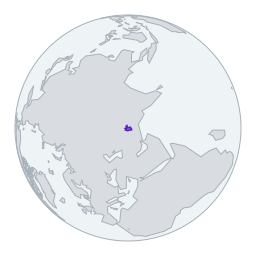 the Earth from above Kandahar, rotated 251°
{"feature_id": "AFG-1754", "entity_name": "Kandahar", "entity_type": "Province", "adm_level": 1, "iso_a3": "AFG", "parent_name": "Afghanistan", "parent_adm1": "", "projection": "orthographic", "projection_center": [66.2, 31.058], "detail": "fine", "context": "on_globe", "style": "filled", "palette": "violet", "viewbox_px": 256, "rotation_deg": 251, "n_neighbors": 0, "source": "natural_earth", "source_scale": "10m", "svg_char_len": 11329}
<svg xmlns="http://www.w3.org/2000/svg" viewBox="0 0 256 256"><g transform="rotate(251 128 128)"><circle cx="128" cy="128" r="113" fill="#eef3f6" stroke="#a8b0b8"/><path d="M148.3,17.2L148.6,17.3L158.1,20.1L163.5,21.6L160.4,21.0L172.3,24.9L178.9,28.2L169.9,24.1L167.8,23.5L171.6,25.4L170.3,25.3L171.4,26.2L169.5,26.0L164.4,23.9L163.1,23.8L165.8,25.2L165.7,26.1L161.8,24.0L161.2,25.4L152.5,22.9L143.7,18.7L137.3,18.2L124.3,16.7L124.0,17.1L118.8,17.2L116.6,17.8L114.8,17.6L114.5,18.3L116.6,18.4L117.1,18.8L116.0,19.3L113.5,19.0L113.7,18.7L112.4,18.9L111.7,18.6L111.4,19.0L108.6,18.9L109.6,19.8L105.9,20.3L104.5,20.0L106.9,19.1L109.7,17.1L109.0,17.0L105.6,17.6L94.3,20.5L94.0,20.6L102.8,18.2L111.8,16.5L120.9,15.6L130.1,15.4L139.2,15.9L148.3,17.2ZM90.4,21.8L91.6,21.4L90.4,22.0L94.3,20.9L94.4,21.1L97.5,20.6L94.5,21.8L90.0,23.4L87.3,24.0L85.2,24.8L85.8,25.4L78.8,27.9L70.8,32.3L69.3,33.0L69.9,31.9L75.0,28.7L82.7,24.9L90.4,21.8ZM73.5,29.4L72.7,29.9L70.3,31.2L73.5,29.4ZM66.4,33.7L66.0,34.0L66.4,33.7L64.6,34.9L65.2,34.5L66.4,33.7ZM167.6,23.0L165.5,22.1L168.0,23.1L167.6,23.0ZM171.9,26.4L172.9,26.8L173.1,27.1L171.9,26.4ZM98.9,20.0L98.2,20.3L98.0,20.2L98.9,20.0ZM100.9,19.6L101.1,19.3L102.1,19.1L101.9,19.3L100.9,19.6ZM170.3,27.2L170.2,27.8L169.4,26.8L170.3,27.2ZM100.3,20.1L103.8,18.8L105.5,18.5L106.3,18.9L100.3,20.1ZM169.5,27.9L169.3,29.8L171.6,30.6L165.0,29.5L167.4,28.1L166.1,26.7L168.0,27.7L169.5,27.9ZM117.7,18.2L115.5,18.2L118.4,17.8L117.7,18.2ZM119.5,18.0L127.6,16.9L130.4,17.5L127.1,17.6L131.5,18.2L128.8,18.9L125.8,18.8L124.5,18.2L124.4,18.9L119.5,18.0ZM161.4,28.8L160.6,29.0L160.4,28.4L161.4,28.8ZM117.6,18.9L119.0,18.6L121.5,19.0L119.1,19.8L119.1,19.4L117.6,18.9ZM134.0,18.1L135.4,18.6L133.6,19.3L133.9,19.7L129.0,19.0L134.0,18.1ZM117.9,19.5L117.8,20.2L115.6,20.5L116.4,19.3L117.9,19.5ZM123.1,18.8L124.2,19.1L122.8,19.2L123.1,18.8ZM107.7,22.2L109.4,21.6L110.8,21.7L107.7,22.2ZM117.9,20.4L118.7,20.3L119.4,20.4L118.9,20.9L117.9,20.4ZM128.0,19.6L127.0,19.9L130.0,19.9L128.7,20.6L125.7,20.1L126.5,20.6L126.1,20.8L124.0,20.2L128.0,19.6ZM120.7,21.6L116.3,21.4L113.0,22.4L111.6,22.3L117.3,20.7L120.7,21.6ZM122.8,20.8L121.2,21.2L120.3,20.7L120.9,20.1L122.8,20.8ZM129.0,21.3L131.7,20.4L132.3,20.6L129.0,21.3ZM119.9,21.9L120.9,22.0L119.7,22.1L119.9,21.9ZM126.4,21.6L127.3,21.2L127.9,21.4L126.4,21.6ZM122.3,22.5L120.9,22.4L121.3,21.9L122.3,22.5ZM124.3,22.1L125.0,22.5L122.2,21.8L124.6,21.9L124.3,22.1ZM126.8,21.8L127.5,21.8L126.4,22.0L126.8,21.8ZM121.8,24.4L118.2,23.7L119.0,22.6L122.3,23.4L121.8,24.4ZM18.6,128.6L19.7,109.5L21.9,105.4L24.2,98.4L41.0,86.1L42.4,89.9L53.2,94.8L54.1,96.7L50.5,101.4L56.7,113.5L61.5,110.4L69.4,118.2L76.2,120.4L82.8,110.8L71.7,106.8L72.1,101.0L82.8,99.7L92.8,103.6L93.3,101.4L88.9,95.1L93.2,92.2L87.6,92.6L88.4,95.2L84.9,95.6L84.0,93.4L85.6,92.3L83.1,90.4L76.3,96.2L76.4,99.4L68.7,97.8L68.1,103.2L65.4,104.5L65.3,96.0L66.9,93.6L65.2,83.3L62.9,85.6L64.3,95.6L63.0,94.2L59.9,98.0L61.2,94.0L60.2,83.0L54.6,81.3L44.0,87.6L41.5,86.2L40.9,82.1L48.2,72.7L53.1,76.9L55.8,74.1L57.8,68.1L59.1,70.1L60.5,68.3L62.6,69.8L68.6,67.5L71.2,68.7L76.3,63.9L78.4,63.9L74.7,66.7L73.6,69.4L80.4,72.8L82.6,72.3L85.4,69.0L86.9,70.5L88.8,66.9L94.1,67.6L89.1,64.0L92.3,60.5L97.0,59.0L97.2,57.3L89.5,59.9L87.2,61.6L86.6,64.0L79.7,68.6L76.7,68.4L80.6,61.5L76.9,60.5L81.6,56.0L99.6,51.1L105.6,51.4L109.7,59.0L106.6,60.8L103.7,58.7L103.8,63.7L105.0,61.8L106.3,63.2L109.6,60.7L110.7,61.6L112.1,57.8L113.8,58.6L112.9,61.0L119.2,58.5L123.5,59.7L124.4,58.7L124.2,57.3L129.7,60.1L130.1,59.3L128.5,58.0L128.3,55.6L130.1,52.6L132.0,53.7L131.5,55.0L133.4,59.5L132.0,62.9L132.9,63.1L134.6,60.4L132.3,54.9L132.9,52.8L134.4,55.2L133.9,54.1L134.8,53.4L137.3,53.9L135.8,51.3L142.8,43.5L148.4,44.0L149.0,46.7L155.8,43.5L161.6,44.9L160.1,43.7L162.3,41.7L160.5,41.2L160.0,40.4L164.9,35.9L167.4,36.0L167.8,33.2L167.0,32.7L165.2,32.4L165.0,29.5L171.6,30.6L173.0,31.8L176.2,32.0L179.0,34.8L182.8,37.4L184.1,40.8L187.0,42.9L187.9,42.7L192.5,45.6L198.9,52.6L189.7,47.4L179.4,38.5L183.3,42.0L181.2,41.5L181.9,43.0L184.7,45.7L185.8,45.8L184.2,52.5L188.7,61.3L191.3,59.3L194.7,60.8L202.0,70.6L204.0,87.7L208.6,91.2L210.1,94.2L208.7,97.3L206.5,92.8L203.6,92.3L202.5,89.6L199.7,93.4L198.1,89.7L196.6,94.8L199.1,97.3L202.3,95.0L201.7,101.5L207.2,105.2L209.8,111.4L207.2,125.3L201.6,131.3L201.7,133.5L198.5,132.2L195.7,137.5L202.9,146.8L203.2,150.1L198.0,158.3L197.6,155.9L189.1,152.5L188.6,160.6L195.1,165.0L197.4,171.6L192.8,170.8L190.4,165.1L187.4,163.7L187.4,156.9L183.4,147.6L178.8,150.7L178.4,146.5L172.3,139.1L165.2,143.2L154.4,155.8L154.2,166.2L149.9,171.1L141.8,156.8L139.7,146.6L135.8,147.8L128.3,139.1L112.5,137.8L111.1,134.9L107.9,135.9L102.8,132.6L101.0,127.8L97.5,127.6L102.4,140.1L106.3,140.4L110.8,136.4L111.3,140.7L116.4,144.8L107.6,153.9L85.6,159.2L84.9,151.2L76.0,126.3L77.1,124.0L77.1,123.7L77.1,123.2L74.7,126.7L73.7,121.9L76.8,138.8L76.7,145.5L85.2,159.6L84.1,160.6L87.2,163.7L99.3,162.8L99.1,165.3L92.4,175.9L77.0,187.5L80.0,197.5L80.4,204.9L72.8,207.3L75.5,213.0L71.8,213.5L72.9,216.3L71.1,218.1L67.4,218.6L58.9,214.4L56.8,211.8L50.1,204.5L40.1,188.0L40.5,182.7L39.1,177.0L33.1,161.2L34.3,154.9L33.1,150.9L30.4,149.5L29.3,144.7L27.8,143.2L19.9,136.5L18.6,128.6ZM32.8,94.7L31.7,96.6L32.8,94.7ZM101.9,113.2L108.9,114.9L108.4,107.6L111.1,107.8L109.9,105.4L108.4,107.1L106.0,100.6L109.9,99.3L110.5,96.3L108.1,95.6L101.2,99.2L104.6,108.3L101.8,110.7L101.9,113.2ZM68.1,32.6L67.0,33.3L67.1,33.2L68.1,32.6ZM63.4,36.5L60.6,38.3L62.7,36.8L62.4,36.8L66.6,33.7L68.8,33.2L67.0,33.9L63.4,36.5ZM72.8,29.9L69.9,31.6L73.0,29.8L72.8,29.9ZM66.2,58.1L65.9,59.9L63.7,61.4L60.4,60.7L63.6,58.4L66.2,58.1ZM66.1,62.1L70.9,55.9L73.2,56.3L71.1,57.1L72.1,58.0L69.0,59.5L66.4,66.3L64.3,68.2L59.4,65.4L62.2,65.2L62.2,63.3L66.1,62.1ZM79.4,41.9L81.5,39.9L83.6,43.3L81.4,44.8L77.9,44.0L78.6,41.8L79.4,41.9ZM101.1,21.5L101.7,21.0L102.4,21.0L102.4,21.4L101.1,21.5ZM108.4,21.9L98.8,23.7L99.1,23.2L93.1,25.2L91.6,24.7L95.5,23.4L89.9,24.7L92.8,23.3L88.8,24.4L97.7,21.5L100.1,20.5L98.0,21.7L99.4,22.1L100.7,22.0L106.2,21.0L112.0,19.5L114.2,19.9L114.3,20.6L113.3,21.0L112.1,20.6L111.5,21.5L109.1,21.2L108.4,21.9ZM113.8,32.7L112.9,31.3L111.3,34.4L108.8,33.6L108.8,34.0L106.1,34.2L102.7,35.2L102.0,34.6L101.0,35.3L99.2,35.5L97.6,36.3L95.6,35.6L93.5,36.6L93.8,35.8L90.7,37.6L92.1,36.0L89.9,36.3L89.7,37.8L83.0,33.6L79.1,33.6L75.1,34.6L78.1,32.0L83.8,29.5L90.2,27.7L93.6,28.3L94.3,27.2L96.1,27.2L94.8,28.0L97.9,26.7L99.1,27.0L104.9,26.3L108.7,24.5L110.9,24.3L110.0,25.2L112.8,24.4L112.6,26.0L114.1,26.0L115.4,27.6L112.7,29.5L114.7,29.4L115.8,30.8L113.8,32.7ZM122.0,24.9L119.3,27.0L116.6,27.7L115.5,24.6L114.1,24.4L113.2,22.7L117.2,21.8L117.0,22.3L117.8,22.7L116.3,22.8L118.1,22.9L118.0,23.7L119.4,24.1L118.1,24.7L122.0,24.9ZM56.7,95.5L57.7,96.4L59.5,97.2L57.6,99.7L56.7,95.5ZM55.8,88.0L56.9,88.2L55.2,91.9L54.1,91.1L55.8,88.0ZM59.1,85.4L57.1,88.0L57.6,86.1L59.1,85.4ZM75.9,66.8L77.3,67.0L76.9,67.9L75.4,68.8L75.9,66.8ZM108.6,42.7L108.5,41.6L109.3,41.4L111.3,39.0L113.3,39.5L112.8,41.2L108.6,42.7ZM80.0,111.9L77.2,113.3L76.5,112.0L77.6,111.7L80.0,111.9ZM66.2,106.5L68.7,109.1L65.7,107.1L66.2,106.5ZM111.1,42.9L111.7,41.8L112.3,42.8L111.1,42.9ZM114.8,39.8L115.8,40.8L113.7,39.3L114.8,39.8ZM131.6,238.8L133.2,239.1L131.2,239.2L131.6,238.8ZM98.5,207.3L94.6,218.5L89.5,217.5L87.3,213.8L87.9,206.8L93.4,205.6L95.8,202.5L98.5,207.3ZM216.4,178.7L218.4,177.9L218.3,178.3L216.4,178.7ZM214.4,178.5L216.8,177.2L213.9,179.6L214.4,178.5ZM217.7,176.8L220.2,174.5L221.2,173.2L220.9,174.2L217.7,176.8ZM212.7,179.4L202.8,183.8L198.6,184.2L199.8,182.3L206.5,180.0L212.7,179.4ZM199.5,182.4L192.9,180.1L182.5,169.3L186.2,168.6L196.8,173.8L196.2,175.5L200.2,177.7L199.5,182.4ZM214.7,167.6L214.0,172.1L208.7,174.2L206.2,174.7L204.5,170.0L205.4,166.8L207.6,166.0L214.8,152.7L217.5,153.7L215.5,159.0L217.7,161.6L214.7,167.6ZM154.8,167.1L157.8,172.8L155.4,174.0L154.8,167.1ZM217.0,144.3L214.6,150.2L216.6,143.0L217.0,144.3ZM217.7,138.0L218.3,140.1L216.8,138.6L217.7,138.0ZM202.3,136.6L200.1,138.0L199.7,136.5L202.3,133.7L202.3,136.6ZM211.7,116.7L213.0,121.4L213.1,123.2L211.4,120.8L211.7,116.7ZM128.9,48.1L123.9,50.7L121.6,53.3L122.4,55.9L119.1,53.6L122.7,49.5L128.9,48.1ZM140.9,43.8L140.2,41.9L141.9,42.2L142.3,42.7L140.9,43.8ZM139.5,43.0L136.0,41.7L136.5,40.3L139.2,41.6L139.5,43.0ZM123.4,41.9L121.8,42.5L121.3,41.7L123.4,41.9ZM215.9,198.5L215.1,199.3L200.5,212.8L198.1,213.9L200.6,211.3L202.1,206.0L203.1,205.6L204.8,201.1L214.5,192.2L222.1,180.3L225.3,178.0L229.1,169.7L231.8,167.0L229.8,172.8L231.2,172.6L235.6,159.4L233.8,166.7L230.3,175.2L226.1,183.3L221.3,191.1L215.9,198.5ZM221.2,176.1L224.2,171.1L225.6,169.8L221.2,176.1ZM238.1,151.8L237.7,153.2L237.4,152.3L236.0,157.1L233.6,160.4L234.5,157.7L234.5,155.2L231.3,157.8L230.6,156.5L232.0,154.0L229.5,154.8L232.3,151.3L233.2,154.2L234.6,149.5L236.6,147.6L238.1,146.2L238.8,146.8L238.4,148.5L238.3,150.8L238.1,151.8ZM231.8,160.1L232.2,159.6L231.7,161.2L231.8,160.1ZM239.0,145.6L240.0,139.7L240.1,139.2L239.4,144.6L239.0,145.6ZM240.0,138.2L240.2,137.5L240.1,138.7L240.1,139.4L240.0,138.2ZM226.2,161.6L226.0,162.8L225.2,162.5L226.2,161.6ZM227.3,160.1L229.6,159.3L227.0,161.2L227.3,160.1ZM219.1,161.8L219.9,163.9L222.6,160.6L220.6,164.3L222.1,167.4L221.4,169.5L219.9,165.9L219.0,171.1L217.8,171.7L217.3,168.0L218.7,162.2L219.9,159.4L224.6,155.5L219.1,161.8ZM227.4,156.9L226.7,154.3L227.1,151.8L227.9,152.9L227.4,156.9ZM224.3,148.2L222.0,145.9L220.3,148.4L223.4,141.0L225.1,144.5L224.3,148.2ZM221.8,141.3L220.2,143.6L221.6,139.5L221.8,141.3ZM219.6,142.6L219.0,140.2L220.5,139.7L219.6,142.6ZM222.6,140.8L222.3,136.2L223.3,138.4L222.6,140.8ZM217.4,134.8L221.1,137.2L217.0,137.7L215.0,129.4L216.6,128.2L217.4,134.8ZM215.1,95.1L213.7,93.0L214.7,91.5L215.4,93.4L215.1,95.1ZM216.6,85.5L214.5,90.4L212.6,94.8L214.0,95.2L215.1,99.7L212.0,96.9L212.1,91.0L213.9,88.5L212.5,84.9L212.7,81.5L210.1,77.7L209.7,75.4L212.6,78.2L216.6,85.5ZM208.9,76.1L204.5,69.1L207.1,68.3L208.6,69.7L209.6,73.2L208.1,73.3L208.9,76.1ZM204.1,67.3L202.7,67.5L193.2,59.3L191.8,57.5L200.4,62.8L199.6,63.4L201.4,65.6L204.1,67.3ZM161.7,29.5L160.7,29.1L161.8,29.2L161.7,29.5ZM158.9,40.2L158.4,39.3L159.8,39.3L158.9,40.2ZM157.5,36.7L156.4,37.3L156.9,36.2L157.5,36.7ZM153.9,38.9L155.6,37.3L155.1,39.6L153.9,38.9Z" fill="#d9dde1" stroke="#a8b0b8" stroke-width="1"/><path d="M130.6,127.0L130.3,127.1L130.3,127.3L130.6,127.3L130.6,127.5L130.5,127.4L130.5,127.5L130.4,127.6L130.2,127.6L129.9,127.7L129.7,127.7L129.4,127.7L129.2,127.5L128.9,127.7L128.8,127.9L128.7,128.0L128.3,128.2L128.3,128.3L128.1,128.9L128.1,129.0L128.2,129.5L128.1,129.9L128.0,130.0L128.1,130.3L127.8,130.4L127.7,130.5L127.4,130.6L127.2,130.6L126.9,130.7L126.8,130.8L126.7,130.8L126.4,130.9L126.0,131.0L125.9,131.0L125.6,130.9L125.4,130.9L125.1,130.9L125.3,129.6L125.4,129.2L125.4,128.6L125.5,127.6L125.5,127.3L125.6,127.2L125.6,126.9L125.7,126.7L125.7,126.4L125.8,126.3L125.9,126.2L126.0,126.0L126.2,125.9L126.3,125.8L126.3,125.7L126.5,125.5L126.7,125.4L126.8,125.4L126.9,125.2L127.0,125.0L127.2,125.3L127.3,125.3L127.3,125.2L127.5,125.2L127.7,125.3L127.8,125.3L128.0,125.3L128.0,125.2L128.3,125.2L128.5,125.1L128.5,125.3L128.4,125.5L128.2,125.7L128.2,125.8L128.2,126.0L128.2,126.3L128.0,126.5L128.3,126.7L128.5,126.6L128.8,126.4L128.9,126.5L129.0,126.5L129.3,126.7L129.5,126.7L129.7,126.8L129.8,126.8L130.0,126.9L130.0,127.0L130.3,127.0L130.5,127.0L130.6,127.0Z" fill="#8b5cf6" stroke="#5b21b6" stroke-width="1.5"/></g></svg>